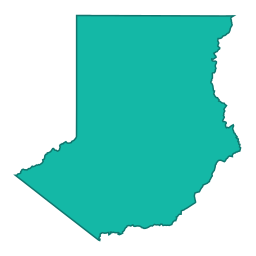 Espigão D'Oeste, Rondônia, Brazil
{"feature_id": "56859067B68374393690028", "entity_name": "Espigão D'Oeste", "entity_type": "district", "adm_level": 2, "iso_a3": "BRA", "parent_name": "Brazil", "parent_adm1": "Rondônia", "projection": "mercator", "projection_center": [-60.711, -11.369], "detail": "fine", "context": "isolated", "style": "filled", "palette": "teal", "viewbox_px": 256, "rotation_deg": 0, "n_neighbors": 0, "source": "geoboundaries", "source_scale": "gbopen_adm2", "svg_char_len": 4173}
<svg xmlns="http://www.w3.org/2000/svg" viewBox="0 0 256 256"><path d="M15.4,175.3L20.1,179.0L23.0,181.2L25.0,182.8L30.9,187.4L38.7,193.5L44.8,198.3L49.3,201.8L51.9,203.8L55.1,206.3L55.8,206.9L98.5,240.0L99.7,240.5L100.0,239.2L98.8,238.9L99.3,237.0L100.2,236.2L100.1,234.8L100.4,233.7L101.3,233.4L102.1,232.7L104.6,233.2L106.5,233.0L107.4,232.6L108.3,232.5L108.7,233.3L108.9,234.7L110.7,233.5L110.3,232.2L111.1,232.0L112.1,232.6L113.2,232.2L114.2,232.5L115.7,232.7L118.2,232.6L118.1,234.2L119.2,234.6L119.6,233.5L120.5,234.3L121.6,233.7L122.7,233.1L122.5,231.9L123.7,231.0L124.4,230.1L124.7,229.2L125.5,227.8L126.5,227.2L127.2,225.9L128.7,225.5L130.0,225.7L130.8,226.0L131.9,225.3L132.9,224.9L133.7,226.1L134.9,226.4L137.1,225.9L139.8,226.1L140.6,226.7L141.6,227.1L142.1,227.8L143.2,227.8L143.9,228.4L145.5,228.3L147.4,227.7L148.9,226.9L149.8,226.3L151.0,225.7L152.3,226.0L154.4,224.4L155.8,224.8L156.9,224.9L157.8,224.7L158.7,224.9L159.7,225.4L160.6,224.2L162.0,224.2L163.0,225.5L165.0,225.1L166.2,225.4L167.3,225.2L169.5,225.4L170.6,224.9L171.8,224.5L172.2,223.3L173.2,221.7L174.0,221.1L174.8,220.4L175.7,220.7L176.7,218.1L176.3,217.0L177.4,216.6L178.2,215.3L179.1,214.4L180.1,214.2L181.1,214.2L181.2,212.2L181.2,211.1L182.0,210.5L183.1,210.2L184.3,209.7L185.1,209.0L186.6,208.3L195.5,202.5L195.5,201.4L195.0,199.6L194.6,197.4L194.3,196.0L194.9,193.1L196.8,192.4L199.4,191.7L200.7,189.1L201.6,187.8L202.6,186.6L203.1,185.0L207.3,183.2L208.6,182.0L209.4,181.6L209.7,180.2L210.4,179.1L211.5,176.9L212.3,175.9L211.9,174.1L212.3,173.1L213.3,171.6L214.3,170.3L215.2,166.8L215.3,165.1L215.9,164.5L216.2,163.7L216.5,162.8L218.4,160.5L220.2,160.2L221.6,160.5L224.3,161.7L225.2,161.0L225.8,159.9L226.4,158.8L227.5,158.1L228.2,156.9L229.4,156.0L232.4,156.6L232.3,155.3L233.0,153.9L234.4,153.0L235.3,152.9L236.1,152.1L237.4,151.9L238.2,151.4L239.8,151.0L240.6,147.8L239.5,147.0L239.9,144.4L238.8,144.1L238.8,143.0L238.9,141.9L237.9,141.6L238.2,140.4L238.3,139.0L236.9,138.5L236.2,137.5L237.2,137.0L236.7,136.3L235.6,135.0L234.9,133.4L233.9,132.7L233.6,131.1L232.8,129.3L232.7,128.3L233.0,127.4L233.6,125.9L233.2,124.8L231.4,125.8L228.8,127.8L227.3,127.4L226.4,127.8L225.8,126.8L225.5,125.6L225.5,124.1L226.2,123.4L226.1,122.4L224.6,121.6L223.1,121.6L222.7,120.7L223.6,118.6L224.3,117.4L224.1,116.6L223.4,115.6L223.8,114.6L223.7,113.1L224.2,112.1L224.8,111.0L223.9,109.3L224.7,108.0L225.9,106.5L226.5,105.5L224.9,104.5L224.3,103.3L222.8,103.1L221.6,102.7L220.1,101.4L218.7,101.0L219.1,99.9L218.1,98.7L217.5,97.7L216.3,97.6L215.0,96.3L214.3,94.8L213.7,94.1L214.5,91.0L213.5,90.7L213.0,87.3L212.9,86.2L212.4,84.6L211.8,83.4L210.9,82.8L210.9,81.6L211.7,80.5L211.6,79.4L212.4,78.1L212.4,74.8L212.3,73.3L213.3,72.7L214.3,72.8L214.8,72.1L215.4,70.9L215.3,69.7L216.0,68.5L215.6,67.4L215.3,66.6L215.3,65.7L215.4,64.8L215.9,63.9L216.4,63.0L216.4,61.8L215.5,61.1L214.3,61.2L212.4,60.9L211.8,59.9L211.8,58.9L213.2,59.2L216.1,57.2L215.8,56.1L215.0,55.4L214.4,54.4L213.8,53.2L214.9,52.7L215.8,51.9L217.0,51.6L218.6,49.4L219.5,49.0L219.8,47.9L217.8,46.2L218.2,44.2L218.7,43.5L218.6,42.4L217.7,41.1L218.1,38.5L219.9,38.5L221.5,37.9L223.3,35.8L224.9,35.5L226.3,34.5L226.8,33.8L227.9,33.3L229.0,32.5L229.9,30.5L230.3,28.5L231.2,26.5L231.9,25.7L232.1,24.4L231.7,23.7L231.7,22.2L231.2,21.2L231.4,20.1L230.7,18.9L231.1,17.6L231.9,16.9L233.6,15.9L224.3,16.0L136.2,15.7L132.9,15.7L131.8,15.7L126.2,15.7L112.6,15.6L91.8,15.6L89.9,15.5L76.6,15.5L76.6,16.6L76.6,35.0L76.6,93.7L76.6,106.8L76.5,136.7L75.9,138.0L74.8,139.3L73.9,140.4L71.6,141.5L71.4,142.5L69.9,143.0L67.9,143.2L66.9,142.8L65.9,141.7L63.8,142.9L63.2,143.7L62.1,143.6L61.6,144.4L60.4,144.5L59.7,145.9L60.2,147.1L59.6,148.9L59.5,149.8L58.4,150.8L57.4,151.2L56.5,150.4L54.7,150.1L53.6,148.5L52.7,148.6L51.9,149.8L50.8,151.4L49.5,152.3L48.5,152.7L47.3,152.9L46.7,154.3L45.7,154.4L44.9,155.7L44.4,158.9L42.7,159.8L43.2,161.4L42.1,163.0L39.6,164.8L38.6,164.6L37.4,165.2L36.5,165.0L34.7,166.2L32.9,166.7L32.2,166.2L31.5,167.0L30.2,168.4L28.6,168.6L27.1,169.9L25.7,169.8L24.5,169.8L23.2,169.2L22.0,169.7L21.4,170.8L20.7,171.8L20.7,172.9L19.9,173.5L17.7,174.1L17.2,174.9L16.3,175.3L15.4,175.3Z" fill="#14b8a6" stroke="#0f766e" stroke-width="1.5"/></svg>